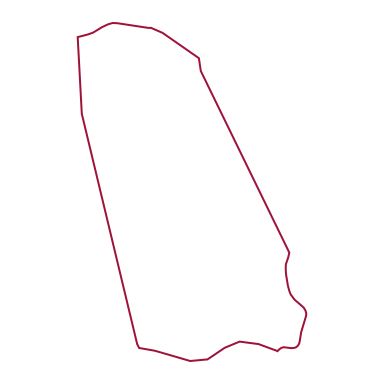 Manchester, Mercator projection
{"feature_id": "JAM-1372", "entity_name": "Manchester", "entity_type": "Parish", "adm_level": 1, "iso_a3": "JAM", "parent_name": "Jamaica", "parent_adm1": "", "projection": "mercator", "projection_center": [-77.454, 18.04], "detail": "fine", "context": "isolated", "style": "outline", "palette": "rose", "viewbox_px": 384, "rotation_deg": 0, "n_neighbors": 0, "source": "natural_earth", "source_scale": "10m", "svg_char_len": 675}
<svg xmlns="http://www.w3.org/2000/svg" viewBox="0 0 384 384"><path d="M277.4,351.2L276.5,350.7L258.6,344.1L239.6,341.6L224.7,347.8L207.5,359.4L190.2,361.0L154.7,350.7L139.2,348.0L137.2,344.2L81.8,113.8L77.7,37.1L88.1,34.4L93.1,32.6L102.1,27.1L108.1,24.3L112.6,23.0L117.3,23.2L148.4,27.9L150.9,27.8L162.6,32.9L198.9,58.2L200.8,71.0L289.3,252.6L288.2,257.5L285.9,264.2L285.7,268.3L286.0,274.1L287.9,285.7L289.3,290.9L290.7,294.5L294.5,299.6L303.7,307.6L305.5,310.6L306.3,313.5L306.0,316.2L301.2,332.1L299.5,342.5L298.6,344.7L297.3,346.3L295.6,347.5L293.5,348.0L290.9,348.1L283.7,347.2L281.3,347.9L279.7,349.0L277.4,351.2Z" fill="none" stroke="#9f1239" stroke-width="2"/></svg>